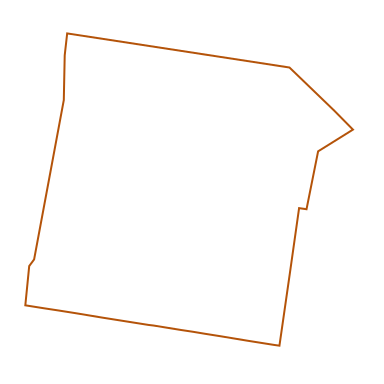 Mercer, Pennsylvania, United States of America (Albers equal-area conic projection), rotated 279°
{"feature_id": "52423323B88020192595097", "entity_name": "Mercer", "entity_type": "district", "adm_level": 2, "iso_a3": "USA", "parent_name": "United States of America", "parent_adm1": "Pennsylvania", "projection": "albers", "projection_center": [-80.421, 41.281], "detail": "fine", "context": "isolated", "style": "outline", "palette": "amber", "viewbox_px": 384, "rotation_deg": 279, "n_neighbors": 0, "source": "geoboundaries", "source_scale": "gbopen_adm2", "svg_char_len": 652}
<svg xmlns="http://www.w3.org/2000/svg" viewBox="0 0 384 384"><g transform="rotate(279 192 192)"><path d="M330.2,268.8L329.1,43.9L307.1,44.9L262.7,51.0L188.6,49.0L100.7,46.6L93.4,42.8L54.0,45.1L54.0,63.8L54.1,79.2L54.1,83.0L54.1,91.1L54.1,96.4L53.9,122.9L53.9,127.8L53.9,135.6L53.9,149.9L53.9,150.3L53.9,150.7L53.9,151.1L53.9,152.4L53.9,152.5L53.9,153.3L53.9,155.0L53.9,170.0L54.1,174.8L54.0,201.1L54.0,203.4L54.1,214.9L54.0,226.4L54.0,235.7L54.0,242.9L53.8,269.8L53.8,287.9L53.8,296.5L53.9,302.4L125.2,301.4L125.5,301.4L192.8,300.3L192.9,307.8L251.9,310.2L278.8,341.2L294.5,319.9L330.2,268.8Z" fill="none" stroke="#b45309" stroke-width="2"/></g></svg>